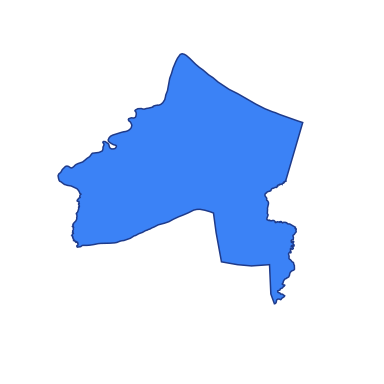 Nchelenge, Luapula, Zambia, rotated 70°
{"feature_id": "96606910B37258058096160", "entity_name": "Nchelenge", "entity_type": "district", "adm_level": 2, "iso_a3": "ZMB", "parent_name": "Zambia", "parent_adm1": "Luapula", "projection": "robinson", "projection_center": [28.93, -9.367], "detail": "fine", "context": "isolated", "style": "filled", "palette": "blue", "viewbox_px": 384, "rotation_deg": 70, "n_neighbors": 0, "source": "geoboundaries", "source_scale": "gbopen_adm2", "svg_char_len": 6081}
<svg xmlns="http://www.w3.org/2000/svg" viewBox="0 0 384 384"><g transform="rotate(70 192 192)"><path d="M164.6,64.2L161.3,68.4L149.1,83.2L146.0,86.5L144.1,89.0L138.7,95.0L131.2,102.0L115.5,115.2L108.2,122.1L97.6,129.9L91.9,133.1L87.6,136.3L81.0,140.0L77.4,142.5L73.2,144.9L65.6,148.5L61.8,150.6L60.0,152.1L58.7,154.0L58.7,156.0L61.2,159.7L62.1,160.7L64.0,162.7L69.1,167.4L73.6,170.7L77.5,174.0L88.4,180.4L91.8,183.4L92.4,183.8L93.2,184.2L95.9,186.0L98.1,188.9L98.9,191.0L99.1,192.7L98.9,194.4L98.6,194.5L98.2,196.9L98.1,198.8L98.4,199.6L98.7,199.6L98.8,199.7L98.3,204.4L97.9,206.2L97.8,208.4L97.3,209.7L96.2,211.1L95.2,214.4L95.6,217.0L95.9,217.7L96.5,217.8L97.9,217.3L99.7,217.7L101.7,218.9L102.4,219.6L102.5,219.9L102.6,221.5L101.5,223.7L101.5,226.4L102.1,227.0L102.5,227.1L103.6,227.0L104.9,226.1L105.6,225.9L107.1,225.7L108.7,225.7L110.8,227.1L112.0,229.2L112.5,231.3L112.5,233.3L112.0,235.9L111.8,238.1L111.4,246.9L111.7,249.4L112.6,251.2L114.3,252.9L115.5,253.2L116.7,252.7L118.5,251.5L120.6,249.7L122.1,247.6L123.0,247.3L124.1,248.1L124.8,249.4L124.7,250.7L124.1,252.7L123.0,253.8L121.5,254.2L119.3,254.0L118.4,254.0L118.0,254.2L116.6,255.1L114.9,256.4L114.3,257.8L114.3,258.2L114.9,258.8L115.7,258.7L116.3,258.4L117.1,258.4L118.2,259.1L119.4,260.3L120.4,260.6L121.8,261.4L122.5,262.1L122.8,262.7L123.0,265.9L121.5,272.4L122.0,273.4L123.8,276.1L124.4,278.8L126.4,284.5L126.3,289.3L126.5,291.5L127.0,293.1L127.6,294.1L128.2,296.1L128.2,297.0L127.5,298.0L125.8,299.2L125.1,300.2L124.8,300.8L124.7,302.2L126.6,306.3L127.9,307.7L128.7,308.8L129.5,311.0L130.9,312.3L133.7,312.8L135.7,312.9L136.7,312.6L137.4,311.8L141.3,309.3L141.7,308.6L143.1,306.9L145.0,303.5L148.9,299.6L150.0,298.7L152.8,297.9L155.0,297.8L155.4,297.4L156.0,297.1L156.2,297.7L156.9,298.5L158.1,299.1L158.9,299.0L159.2,300.8L159.9,301.6L160.2,302.2L160.5,302.7L161.1,303.0L161.9,302.4L162.3,301.5L163.0,301.8L164.3,301.9L164.3,302.6L164.6,302.8L165.9,302.7L166.1,302.6L166.5,302.6L166.8,303.1L167.3,302.9L167.6,303.1L167.6,303.8L168.7,304.1L169.6,304.6L169.9,305.0L170.5,305.3L171.2,306.0L171.9,306.5L172.1,306.8L172.1,307.2L172.5,307.8L172.9,308.2L173.3,307.9L173.9,308.0L175.8,308.5L176.8,309.2L177.7,309.4L178.4,309.9L179.5,311.1L180.6,313.4L181.6,314.9L182.1,315.1L182.3,314.9L182.6,315.3L183.0,315.3L183.2,315.5L183.4,316.1L184.2,315.7L184.3,315.4L184.8,315.4L185.0,315.7L184.8,315.9L186.2,316.1L186.9,316.4L187.8,317.5L188.4,317.6L188.6,317.5L189.0,317.9L189.2,317.6L189.4,317.8L190.4,317.7L190.4,318.3L190.6,318.7L191.0,318.9L191.5,319.6L191.7,319.2L192.7,319.7L193.4,319.3L194.0,319.7L194.5,319.5L194.8,319.7L195.7,319.4L196.3,319.7L196.7,319.4L196.8,319.7L197.0,319.8L197.2,319.2L197.6,319.3L197.8,318.9L198.1,318.9L198.6,318.3L198.6,318.5L198.8,318.6L199.6,318.3L199.7,317.8L200.3,316.7L200.9,316.9L201.4,317.0L201.7,316.8L202.5,317.2L202.9,317.5L203.0,318.4L203.5,318.8L204.0,318.6L204.6,318.6L205.3,315.3L204.7,313.4L204.9,312.6L206.3,308.7L207.0,306.2L207.8,302.2L208.4,298.0L209.1,295.3L212.0,286.7L213.3,282.2L213.7,280.0L213.6,276.4L213.8,274.6L214.3,272.6L214.4,265.8L213.4,261.3L213.6,260.0L213.0,256.3L213.0,252.3L212.4,248.9L212.5,247.0L212.3,245.9L212.4,244.1L212.0,242.1L211.9,239.5L211.3,234.9L211.9,228.5L212.0,223.8L211.2,218.8L210.7,212.9L210.6,208.3L210.3,202.7L209.6,196.6L210.0,193.4L211.0,190.4L213.5,186.2L216.7,181.8L219.1,179.0L238.2,183.2L267.7,188.2L275.8,174.2L281.8,161.4L286.8,144.0L314.8,152.8L325.2,152.8L325.3,152.0L325.1,151.4L324.3,150.5L322.7,149.6L322.3,149.2L322.0,147.8L322.6,146.4L323.4,145.7L323.5,145.4L323.2,144.7L322.7,144.2L322.0,141.4L321.5,140.6L321.1,140.4L320.3,141.2L319.4,141.6L318.8,142.2L318.1,143.7L317.3,143.8L316.8,144.1L316.4,144.8L315.7,145.5L315.2,145.6L314.2,145.3L314.2,143.0L313.9,142.6L313.3,142.2L313.1,141.6L313.2,140.8L313.1,140.0L312.4,138.8L311.9,137.4L311.3,136.7L311.1,136.8L310.5,137.9L310.1,138.3L309.3,138.7L309.1,138.5L308.7,137.6L307.8,137.1L306.7,136.2L305.6,134.6L305.5,133.0L305.2,132.3L305.2,131.7L304.9,130.2L303.6,128.9L302.3,128.2L301.1,127.1L300.3,125.4L300.2,123.2L300.0,122.7L299.6,122.1L295.9,120.9L294.8,121.1L293.3,120.8L292.7,121.0L291.8,121.8L289.5,122.6L288.3,123.4L287.7,123.6L286.1,123.0L286.8,122.8L286.1,123.0L285.4,122.7L283.2,122.5L282.6,122.0L282.3,121.2L281.7,120.2L281.8,119.9L282.8,120.1L282.8,119.7L281.7,119.4L280.3,119.4L278.8,118.8L278.7,118.7L278.9,118.3L280.1,117.6L280.1,117.0L279.8,116.2L279.3,116.0L278.9,116.1L278.2,116.4L277.3,117.1L277.0,117.3L276.7,117.1L276.5,116.6L276.5,116.1L276.8,115.6L277.6,115.3L277.7,114.8L277.5,114.5L276.7,114.2L275.4,114.7L275.0,114.7L274.4,114.5L273.8,113.6L273.3,113.4L273.1,113.6L273.1,114.6L273.5,115.6L273.3,115.8L271.8,115.5L271.4,115.1L271.2,114.5L271.4,113.5L271.3,113.1L269.3,112.2L268.1,112.2L267.3,111.9L266.7,110.2L265.8,109.1L265.3,108.0L264.7,107.6L263.4,107.4L262.7,106.8L262.3,106.7L261.7,107.4L261.2,107.5L260.5,106.9L255.7,110.9L255.4,111.3L254.8,112.7L254.2,113.3L253.2,113.5L252.8,114.4L252.4,114.7L252.4,115.0L251.8,116.0L252.0,117.4L251.4,117.8L251.0,118.3L250.5,118.1L250.1,118.6L250.0,119.5L250.4,119.6L250.5,119.7L250.5,120.0L249.9,120.3L249.7,121.2L249.1,122.0L249.1,122.4L249.4,122.7L249.4,123.7L249.3,124.0L249.0,124.2L248.6,123.9L248.2,124.0L246.8,124.8L246.3,125.8L246.3,126.9L245.7,128.1L245.7,128.4L245.0,128.7L244.9,129.0L245.1,129.5L244.9,129.7L244.1,130.4L244.0,130.8L243.2,131.0L242.3,130.6L239.8,128.5L239.2,128.3L238.0,128.6L234.3,127.0L233.1,126.7L229.3,124.2L228.1,123.8L227.0,123.8L225.9,124.1L225.4,124.6L224.7,124.5L223.4,123.9L222.2,124.2L221.1,124.6L220.0,124.6L219.3,124.3L218.4,123.4L218.4,122.5L217.6,121.2L217.7,119.5L217.8,119.1L217.7,118.6L217.8,118.6L217.8,117.7L217.6,117.3L216.8,116.8L216.2,115.8L216.1,114.9L216.3,114.4L216.1,112.0L216.6,111.1L216.5,110.8L216.0,109.6L215.5,109.8L215.0,109.1L215.1,108.4L214.9,107.8L215.3,107.3L214.8,107.0L215.2,105.5L215.1,104.4L215.3,104.4L214.9,104.0L215.0,102.9L214.8,102.5L214.6,102.1L214.3,102.2L214.2,102.4L214.0,102.1L214.0,101.2L213.8,101.1L214.0,100.0L213.2,99.7L212.9,99.8L212.4,99.3L164.6,64.2Z" fill="#3b82f6" stroke="#1e3a8a" stroke-width="1.5"/></g></svg>